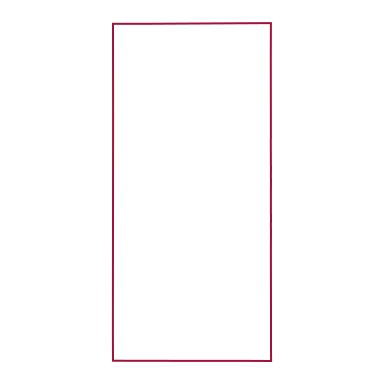 the district of Goshen, Wyoming, United States of America
{"feature_id": "52423323B4869089026067", "entity_name": "Goshen", "entity_type": "district", "adm_level": 2, "iso_a3": "USA", "parent_name": "United States of America", "parent_adm1": "Wyoming", "projection": "robinson", "projection_center": [-104.151, 42.088], "detail": "fine", "context": "isolated", "style": "outline", "palette": "rose", "viewbox_px": 384, "rotation_deg": 0, "n_neighbors": 0, "source": "geoboundaries", "source_scale": "gbopen_adm2", "svg_char_len": 590}
<svg xmlns="http://www.w3.org/2000/svg" viewBox="0 0 384 384"><path d="M112.9,332.3L113.0,360.7L128.9,360.8L250.4,360.9L271.1,361.0L271.0,351.9L271.0,345.0L271.0,342.0L271.0,337.1L271.0,334.9L271.0,317.8L271.0,306.4L270.9,257.3L270.9,250.7L270.9,247.8L271.0,229.1L270.9,228.2L270.9,222.1L271.0,222.0L271.0,220.8L271.0,219.8L271.0,215.1L270.9,213.4L270.9,196.2L270.9,191.7L271.0,180.1L270.9,177.2L270.9,176.1L271.0,166.6L270.9,165.5L270.8,139.8L270.9,137.1L270.8,59.1L270.9,23.3L270.9,23.1L145.5,23.8L113.0,23.8L113.1,113.4L112.9,332.3Z" fill="none" stroke="#9f1239" stroke-width="2"/></svg>